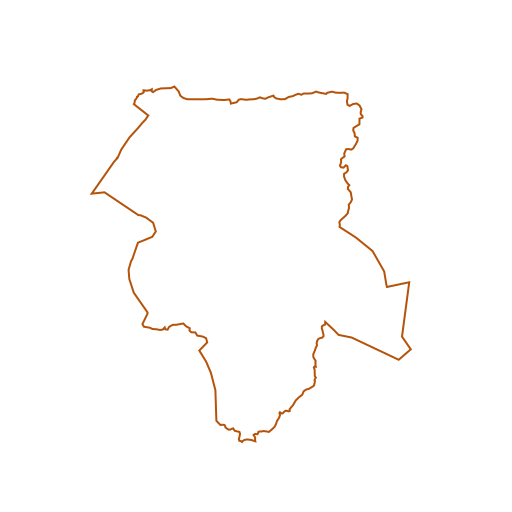 the district of Kwaya Kusar, Borno, Nigeria, rotated 197°
{"feature_id": "59680162B43497988326934", "entity_name": "Kwaya Kusar", "entity_type": "district", "adm_level": 2, "iso_a3": "NGA", "parent_name": "Nigeria", "parent_adm1": "Borno", "projection": "orthographic", "projection_center": [11.874, 10.484], "detail": "fine", "context": "isolated", "style": "outline", "palette": "amber", "viewbox_px": 512, "rotation_deg": 197, "n_neighbors": 0, "source": "geoboundaries", "source_scale": "gbopen_adm2", "svg_char_len": 3942}
<svg xmlns="http://www.w3.org/2000/svg" viewBox="0 0 512 512"><g transform="rotate(197 256 256)"><path d="M215.0,74.0L214.6,75.2L213.4,76.6L210.9,78.0L206.6,78.7L202.5,78.6L203.2,80.0L203.6,81.8L204.4,82.8L206.0,84.1L204.9,85.6L202.7,85.9L202.2,86.9L202.2,88.7L200.8,89.4L199.2,89.9L197.4,90.9L195.7,91.1L194.0,91.4L192.3,91.5L190.9,93.6L189.7,95.5L188.2,98.3L187.7,101.5L187.7,104.3L187.0,106.6L186.6,108.7L186.5,110.7L187.7,112.8L187.4,113.6L185.7,112.9L184.6,113.2L183.6,115.1L182.6,116.6L181.0,117.0L179.3,117.0L178.4,117.8L179.1,119.3L178.2,121.5L177.1,123.8L176.4,126.7L175.8,129.4L175.0,130.9L173.6,133.5L172.5,135.0L171.3,136.7L171.0,138.7L170.9,140.4L169.8,142.0L168.5,143.3L166.7,144.3L165.2,145.9L164.2,147.1L163.3,148.1L162.6,149.4L162.8,150.7L162.9,152.6L163.1,153.7L163.7,154.3L163.7,155.5L163.2,157.2L164.7,158.4L166.7,164.5L168.1,166.3L167.8,167.3L166.4,167.6L166.7,168.1L167.3,168.9L167.6,170.7L168.2,171.6L168.2,172.9L168.9,173.7L170.0,174.6L171.6,176.1L172.5,178.7L172.1,182.7L172.0,186.1L171.5,188.3L172.5,190.3L172.7,193.0L172.0,195.1L170.2,196.5L168.8,197.3L168.0,198.9L168.4,200.4L169.3,201.8L170.0,203.0L170.4,203.9L171.0,204.7L171.9,206.0L172.4,208.0L171.5,209.2L169.9,210.7L170.5,213.2L159.9,208.0L154.0,204.7L140.7,206.0L89.2,198.5L80.7,212.0L92.8,221.6L101.8,275.7L121.7,264.7L123.1,267.0L128.9,278.7L146.0,294.8L166.0,302.9L184.6,308.2L184.9,310.2L186.2,312.7L185.5,315.1L183.1,319.0L182.0,320.9L180.7,324.0L181.0,325.4L181.1,329.1L182.3,332.2L181.2,334.9L180.7,338.1L182.4,341.3L184.0,344.6L187.8,347.0L188.2,349.2L187.5,351.0L189.5,352.1L192.7,354.6L195.0,357.7L195.8,360.3L193.9,362.6L193.1,364.9L194.9,368.7L196.6,369.0L198.1,366.1L200.7,365.7L202.1,366.9L202.0,370.6L203.0,373.4L202.0,375.0L200.4,377.1L201.6,379.8L201.0,384.5L199.0,385.3L196.0,385.6L194.5,387.3L193.2,392.3L192.6,396.1L193.4,398.8L196.4,399.3L197.7,402.3L199.8,404.6L200.2,407.0L197.9,409.6L195.6,412.2L197.2,417.6L194.6,419.6L195.1,421.0L197.2,422.2L198.0,424.2L198.0,427.1L201.0,430.2L204.3,431.3L207.6,429.7L210.4,426.9L212.7,427.4L214.3,430.5L214.5,433.3L215.7,437.6L219.5,438.0L223.4,436.6L227.6,435.5L231.3,435.4L235.6,432.9L236.3,431.5L244.1,430.7L246.6,430.8L250.1,427.9L253.1,426.8L258.0,425.3L259.7,423.5L262.9,423.5L265.2,421.8L267.7,419.5L271.2,417.7L274.1,414.5L278.1,413.1L282.9,412.6L285.0,413.3L286.2,414.5L290.8,411.2L293.2,409.0L296.5,408.7L298.6,408.9L301.1,406.8L303.7,405.4L309.1,403.4L310.7,402.6L316.3,401.6L318.2,400.4L319.4,397.4L324.6,394.4L325.6,396.4L327.3,397.9L332.2,395.8L338.9,394.1L344.0,393.6L348.8,391.6L354.0,389.9L362.6,387.3L367.7,385.8L371.7,385.9L375.3,387.2L378.1,390.8L383.6,394.2L386.5,391.7L396.0,388.4L400.1,385.6L402.4,382.6L404.0,383.1L404.4,385.0L406.1,383.4L409.0,382.1L411.0,381.8L412.1,381.5L412.0,381.0L411.3,380.6L411.3,379.6L412.1,378.5L413.2,377.5L415.4,376.3L415.5,375.2L415.5,374.2L416.4,373.4L416.3,372.4L416.5,371.3L417.3,369.7L417.2,368.3L416.9,367.0L417.2,365.5L400.1,358.9L401.6,354.0L403.7,349.9L406.3,343.7L411.6,332.6L416.0,318.3L417.0,309.7L417.3,309.6L417.3,309.0L417.6,308.9L417.6,308.3L419.3,304.6L431.3,267.6L419.5,272.6L380.4,260.7L378.5,261.2L372.3,260.6L364.1,257.7L359.0,250.2L360.8,244.0L372.8,234.2L373.4,216.8L374.0,214.4L373.8,205.5L370.4,196.9L362.2,185.2L343.2,170.3L342.9,169.1L344.7,157.7L342.5,155.6L336.4,156.4L333.7,155.9L329.9,156.8L326.2,157.2L323.7,158.3L322.4,161.0L321.3,159.4L319.0,159.7L318.4,162.7L317.1,164.2L315.5,165.8L311.7,167.1L305.8,170.2L302.4,168.4L298.2,167.5L297.8,165.2L295.5,164.1L291.7,165.2L288.9,162.7L283.2,163.4L279.7,162.8L277.4,159.1L282.6,149.0L272.8,140.4L264.9,131.0L255.6,115.8L245.7,86.8L242.6,85.1L241.7,84.6L240.7,84.0L239.9,84.4L239.4,84.6L237.7,85.1L236.8,85.2L235.6,84.2L235.1,83.1L233.7,82.6L231.5,81.9L230.1,82.4L228.7,83.5L227.5,84.5L226.4,83.5L225.0,82.6L222.2,82.8L220.4,82.9L219.3,81.3L219.1,79.7L218.9,77.4L218.8,75.6L217.9,74.4L216.7,74.7L215.0,74.0Z" fill="none" stroke="#b45309" stroke-width="2"/></g></svg>